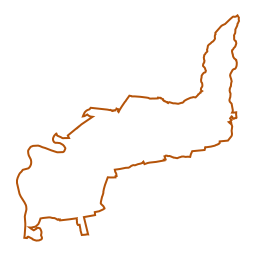 Tantareni, Gorj, Romania (Albers equal-area conic projection)
{"feature_id": "2599482B87643568907682", "entity_name": "Tantareni", "entity_type": "district", "adm_level": 2, "iso_a3": "ROU", "parent_name": "Romania", "parent_adm1": "Gorj", "projection": "albers", "projection_center": [23.539, 44.621], "detail": "fine", "context": "isolated", "style": "outline", "palette": "amber", "viewbox_px": 256, "rotation_deg": 0, "n_neighbors": 0, "source": "geoboundaries", "source_scale": "gbopen_adm2", "svg_char_len": 5764}
<svg xmlns="http://www.w3.org/2000/svg" viewBox="0 0 256 256"><path d="M227.9,140.6L231.2,136.5L231.7,135.7L231.9,134.8L232.0,133.9L231.6,130.7L232.2,126.6L232.0,125.8L231.6,124.6L230.4,123.5L231.3,123.0L231.0,122.1L230.2,122.4L229.5,122.8L228.8,122.1L229.2,122.0L230.4,121.3L231.5,120.2L230.1,118.4L231.6,116.4L232.2,116.8L232.3,117.6L232.9,118.0L233.0,118.6L233.8,118.8L234.3,118.4L234.8,118.3L235.1,118.0L236.1,118.1L236.5,117.7L236.1,114.4L236.2,112.3L233.7,112.6L232.1,112.6L232.7,111.4L232.8,110.2L231.7,104.2L231.6,103.7L229.8,101.7L229.6,101.0L229.4,100.1L229.8,98.5L230.3,97.0L230.5,94.4L230.5,93.3L230.0,92.4L229.6,90.5L229.8,89.7L229.7,89.0L230.5,86.9L230.9,86.2L231.1,83.7L231.4,82.2L231.7,81.5L231.4,80.0L231.2,79.7L231.2,79.1L230.5,77.2L230.1,75.6L230.3,74.3L230.6,73.6L232.6,70.0L233.6,69.2L234.9,68.9L235.6,68.2L236.4,66.5L236.7,65.0L236.8,62.6L236.3,60.4L236.1,60.5L235.5,59.3L234.3,58.5L233.2,56.7L232.9,55.4L232.8,54.2L232.5,53.9L232.0,51.4L232.1,50.2L233.1,49.4L233.6,48.3L234.7,47.2L235.0,46.9L235.2,46.3L235.5,46.0L235.7,45.5L235.8,44.8L236.0,44.5L236.3,43.3L236.1,42.4L235.9,41.3L235.7,41.0L235.0,40.7L234.2,39.5L234.1,37.9L234.2,37.0L234.0,35.7L234.2,35.0L235.2,33.0L235.4,30.6L235.3,29.8L235.5,29.2L237.0,26.1L237.3,25.2L237.6,23.5L238.0,23.1L238.5,22.0L238.6,21.6L239.0,21.0L238.9,20.5L238.7,19.1L238.9,17.7L237.5,15.4L235.9,16.6L234.7,16.8L233.3,16.6L232.7,16.9L230.4,18.9L225.1,24.0L222.3,25.3L221.1,26.2L215.4,32.7L215.3,33.1L215.6,34.1L215.0,35.1L214.9,35.6L214.8,37.0L215.0,38.5L214.9,38.9L214.2,40.1L213.1,41.3L212.5,41.8L211.7,42.2L210.7,43.3L208.7,44.8L207.9,45.9L207.6,47.8L207.2,49.3L207.0,49.9L207.3,50.9L207.3,51.5L205.6,53.2L205.1,54.2L204.3,55.0L204.2,55.3L204.1,56.4L203.8,57.4L204.1,59.8L204.4,60.3L204.5,60.9L204.2,61.7L204.3,62.0L204.1,62.7L203.7,63.1L203.2,64.1L203.0,65.8L203.2,66.2L204.6,67.6L205.1,68.5L205.3,69.5L205.9,70.7L205.5,72.0L205.3,72.3L204.3,72.6L203.7,72.9L202.5,74.3L201.7,75.6L201.6,76.3L201.6,77.2L201.1,79.5L201.1,81.0L201.3,82.0L202.1,83.1L202.4,85.2L202.2,86.6L201.3,87.9L201.0,88.7L200.9,89.8L201.3,90.6L202.1,91.1L201.3,91.7L200.3,92.3L200.4,92.8L199.9,93.0L198.6,94.3L198.2,94.4L197.9,95.1L195.6,97.4L193.2,97.1L192.5,97.4L190.5,97.8L186.5,99.6L184.3,100.9L183.5,102.0L182.6,102.7L182.4,102.6L182.0,102.7L178.2,103.8L174.8,103.3L173.1,103.3L169.5,102.2L168.8,102.4L168.1,103.1L167.4,102.7L167.4,102.1L167.2,102.0L166.1,101.9L164.7,101.0L164.4,101.2L163.9,100.9L163.0,100.0L163.2,99.5L163.1,99.2L160.8,98.3L160.8,97.9L160.6,97.8L159.2,97.8L158.0,97.6L157.8,98.4L155.5,98.5L149.8,98.6L148.4,97.9L146.7,97.6L140.3,96.8L134.7,96.4L131.8,96.4L131.5,96.1L129.4,95.7L126.1,100.3L125.5,101.3L124.9,101.9L121.9,106.3L119.7,109.8L118.6,112.0L117.9,111.2L118.2,110.6L118.2,109.2L117.2,109.0L116.5,108.6L116.2,109.4L115.0,110.5L114.2,110.2L114.0,110.3L113.9,110.6L113.0,110.9L112.7,110.8L112.4,111.0L112.0,110.9L111.8,110.6L111.9,110.4L111.1,110.3L110.6,109.9L110.0,110.1L107.3,109.6L90.7,107.8L89.5,109.3L87.4,110.1L86.4,110.7L85.4,111.6L84.7,112.4L83.3,115.3L82.9,116.4L84.5,116.1L87.3,114.5L88.5,115.6L90.0,116.3L90.2,116.5L92.6,116.8L81.4,124.4L77.8,127.5L77.8,127.3L67.8,135.5L69.0,138.0L64.2,138.1L63.2,138.2L62.4,138.1L60.7,137.1L57.4,135.7L56.7,134.9L56.9,134.8L56.4,133.6L56.1,133.7L54.4,135.5L53.9,136.3L53.3,137.6L53.0,138.7L53.0,139.8L53.4,141.0L54.0,142.0L54.5,142.4L55.4,142.8L57.2,142.8L59.9,143.1L62.9,144.8L64.1,146.1L65.3,148.1L65.3,148.7L64.9,149.7L64.2,151.2L63.8,151.6L63.0,152.1L57.7,152.3L56.9,152.2L51.4,150.4L45.2,148.0L42.4,147.2L39.9,146.1L38.1,145.6L33.0,145.9L30.8,146.8L30.3,147.3L28.7,149.6L28.2,150.5L28.1,151.3L28.3,153.6L28.8,155.5L30.7,159.2L31.0,160.2L31.2,161.5L31.2,162.9L31.0,164.3L30.7,165.1L30.0,166.6L28.9,167.9L28.2,168.4L22.9,169.8L22.4,170.3L21.7,171.4L19.9,173.2L19.1,174.5L17.7,177.7L17.0,180.2L17.0,183.0L19.5,193.8L20.8,196.6L24.5,202.4L25.9,205.2L26.2,206.4L26.4,208.6L26.4,209.4L26.2,210.5L25.1,214.9L24.8,216.6L25.3,223.4L25.3,226.1L24.7,234.9L24.3,237.8L27.0,238.1L27.3,237.9L27.5,236.9L28.1,236.7L28.5,236.8L32.4,238.8L32.5,238.9L32.5,239.1L32.6,239.3L34.3,240.0L36.4,240.6L39.0,240.4L41.3,239.4L41.8,238.8L42.0,238.1L41.9,237.4L41.0,235.2L41.4,233.5L41.5,232.0L41.0,230.3L40.0,228.4L38.7,227.9L37.3,227.9L36.6,228.3L36.4,228.8L35.9,228.9L34.2,230.1L33.7,230.3L31.3,228.8L29.6,227.5L31.2,227.6L35.2,226.7L36.2,226.1L38.4,224.0L39.5,221.5L40.5,218.5L43.0,218.0L48.7,217.4L50.1,217.4L52.5,218.0L54.5,218.1L55.9,218.7L57.1,219.5L58.2,219.3L58.3,219.8L59.8,219.4L60.0,220.4L69.5,219.3L76.7,218.3L76.6,218.7L76.9,219.6L76.8,220.4L77.0,221.6L76.9,222.4L77.4,224.2L78.0,225.0L79.6,224.8L80.5,229.6L80.5,230.4L81.8,235.0L86.1,234.6L86.9,234.3L88.1,234.4L83.9,217.1L95.1,215.1L94.8,212.1L99.0,211.3L102.8,209.6L104.5,208.5L104.4,208.0L103.3,206.1L101.3,204.2L100.8,203.5L100.8,202.8L101.0,201.4L102.1,196.6L102.5,195.8L103.4,192.8L103.3,192.1L103.9,188.9L105.0,185.0L107.8,177.3L110.8,177.5L115.5,177.4L115.6,176.1L116.6,176.0L116.2,173.6L115.2,171.7L115.0,170.7L114.8,169.7L119.9,169.0L125.8,167.8L128.5,167.7L129.6,167.2L131.3,165.9L133.0,165.2L133.7,165.1L134.7,165.3L135.3,165.2L137.9,164.2L141.0,163.5L141.7,163.1L142.5,163.0L142.8,162.8L142.9,162.1L143.1,162.0L143.4,161.7L144.5,164.1L147.7,163.0L149.6,162.6L156.1,161.9L164.4,160.4L164.0,159.6L165.6,159.4L164.5,156.3L165.6,156.0L165.9,155.6L167.1,155.7L167.8,156.1L169.7,156.0L170.3,156.3L171.3,156.6L172.5,157.2L173.1,157.3L173.8,157.7L174.7,157.7L177.2,158.2L179.4,157.3L180.4,157.1L181.6,156.6L183.5,156.5L185.5,156.9L187.9,156.7L190.2,156.9L190.8,154.4L192.2,151.2L204.6,150.0L205.1,148.3L205.1,147.3L205.2,147.2L206.7,147.2L210.9,146.6L214.7,145.7L216.3,144.9L216.8,144.9L217.5,144.4L218.6,144.1L218.7,143.7L219.7,143.0L219.7,141.4L227.9,140.6Z" fill="none" stroke="#b45309" stroke-width="2"/></svg>